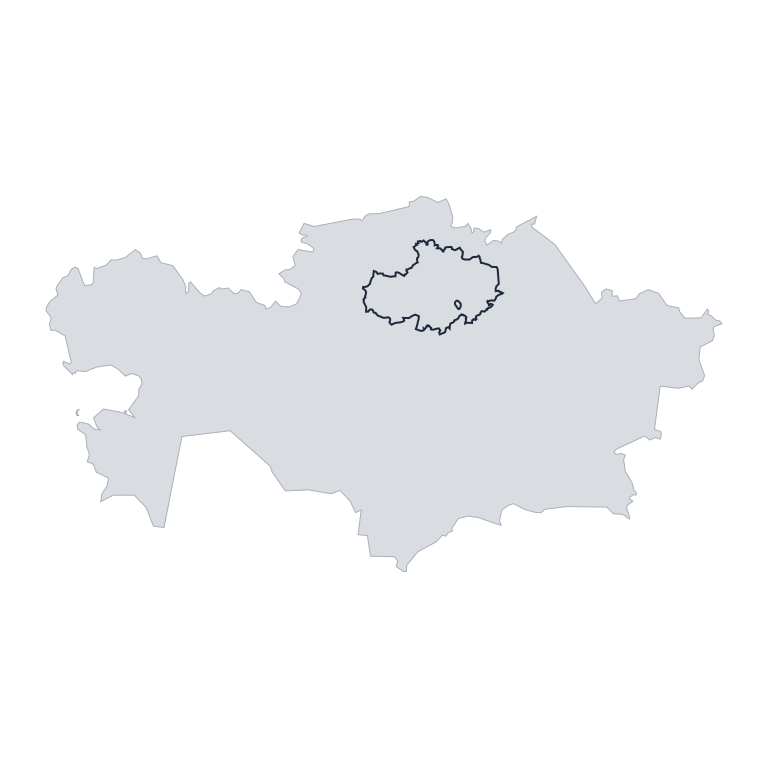 location of Aqmola within Kazakhstan
{"feature_id": "KAZ-3202", "entity_name": "Aqmola", "entity_type": "Region", "adm_level": 1, "iso_a3": "KAZ", "parent_name": "Kazakhstan", "parent_adm1": "", "projection": "albers", "projection_center": [70.159, 51.837], "detail": "fine", "context": "in_parent", "style": "outline", "palette": "slate", "viewbox_px": 768, "rotation_deg": 0, "n_neighbors": 0, "source": "natural_earth", "source_scale": "10m", "svg_char_len": 7445}
<svg xmlns="http://www.w3.org/2000/svg" viewBox="0 0 768 768"><path d="M452.7,530.8L448.2,532.8L445.8,536.2L442.5,535.1L436.4,541.7L418.1,551.5L406.8,565.1L406.4,571.4L403.3,571.5L396.2,566.5L397.7,561.0L394.3,556.7L370.5,556.2L367.4,535.5L358.1,534.7L361.2,510.0L355.4,512.6L350.3,501.3L340.0,490.3L331.1,493.8L308.4,489.9L285.4,490.9L272.2,472.1L270.1,466.1L230.2,430.7L181.9,436.5L164.0,527.5L153.5,526.1L146.0,507.3L134.2,495.2L113.4,495.2L100.7,501.6L102.0,493.7L106.9,486.4L108.5,478.1L96.4,472.2L93.0,463.8L87.3,461.9L89.4,454.4L86.9,446.8L85.6,434.8L77.7,429.1L77.2,425.4L78.8,422.7L81.1,422.2L89.1,424.3L93.8,428.9L100.5,429.9L96.9,426.7L93.6,417.8L103.6,409.0L121.5,412.4L134.6,417.5L128.6,409.7L138.5,396.0L139.0,388.7L141.9,384.3L141.3,379.3L139.3,376.2L132.2,373.5L125.3,376.1L117.7,368.8L110.9,364.9L96.6,367.1L85.6,371.5L76.0,370.8L75.4,373.5L74.3,372.5L72.6,373.3L72.7,374.6L63.9,365.9L62.8,363.3L63.6,361.3L69.5,363.9L71.3,362.6L65.1,335.8L54.6,330.0L51.0,330.5L49.4,324.5L51.2,317.4L46.1,310.9L46.6,306.7L49.9,301.6L57.9,295.0L56.0,288.6L57.4,285.4L62.9,277.8L68.1,275.5L71.4,269.3L75.2,267.1L78.1,268.7L84.0,284.4L85.3,285.6L91.2,284.7L93.1,283.0L94.1,267.4L96.9,268.5L106.7,264.8L111.0,259.9L116.4,260.1L125.2,257.6L135.3,249.6L140.4,253.1L142.1,258.1L146.2,259.0L157.0,255.8L161.0,262.8L172.8,265.6L182.8,279.5L185.8,286.9L185.5,292.0L186.6,293.5L188.7,290.7L188.7,283.2L190.5,281.9L200.0,292.9L204.8,296.1L211.2,293.9L213.3,290.9L219.6,287.6L221.5,289.0L228.0,288.0L234.1,293.6L237.6,293.3L241.2,289.6L249.3,291.7L256.2,302.3L265.0,305.6L265.6,309.0L270.6,307.4L275.5,301.2L280.8,306.3L289.1,307.0L296.8,303.7L301.0,294.7L300.8,292.2L298.1,288.9L284.7,281.8L283.9,278.6L278.9,273.7L285.7,269.7L289.6,269.6L295.2,265.5L292.9,256.5L298.0,249.6L312.1,252.0L313.9,250.6L313.2,247.9L308.1,244.2L301.3,241.9L300.9,240.5L302.3,237.9L307.1,236.5L306.4,235.0L302.9,235.3L299.1,233.0L304.1,223.4L314.3,226.5L353.0,219.0L359.9,219.2L362.2,220.8L364.7,216.5L368.4,214.0L379.5,213.5L408.2,206.8L409.6,204.9L409.1,202.1L413.8,201.1L420.5,196.5L427.9,197.5L437.9,202.5L446.0,198.8L448.6,203.3L452.8,216.7L452.4,222.7L450.9,225.4L451.5,226.6L455.2,227.9L465.2,226.5L467.8,223.4L470.9,228.4L472.0,233.0L474.0,231.6L473.6,229.2L474.4,228.0L478.8,228.6L483.7,232.2L490.8,229.7L490.5,232.6L485.1,238.5L484.9,241.3L486.9,245.1L493.6,240.4L498.9,241.2L501.2,243.3L502.5,239.2L508.0,234.3L513.6,232.2L515.9,230.0L516.5,226.9L536.6,216.3L534.6,224.1L531.1,224.2L532.3,227.4L554.9,244.5L585.0,286.6L595.6,303.7L602.0,298.4L601.5,292.3L605.7,288.9L612.2,290.6L612.2,296.3L617.3,295.8L619.4,301.1L635.8,298.7L639.3,293.8L648.3,289.6L658.6,293.4L667.2,305.6L678.8,307.9L679.9,312.1L685.1,318.2L701.0,317.8L707.4,309.1L708.8,310.9L707.9,314.6L711.3,315.8L715.5,320.0L719.7,320.9L721.9,323.8L713.8,326.7L713.1,329.7L714.3,335.7L712.5,340.6L700.1,347.1L698.9,359.6L704.6,375.5L702.7,380.9L698.6,382.5L692.0,389.2L689.2,386.1L678.1,388.3L660.2,386.1L654.6,428.1L655.2,429.9L660.6,431.4L661.4,434.7L660.3,439.2L655.4,437.6L649.9,440.0L644.6,436.0L616.7,449.0L613.7,452.5L616.3,454.4L620.9,453.4L625.3,455.2L623.6,459.6L625.2,471.0L632.5,483.6L633.8,489.9L636.5,493.3L636.1,494.9L633.5,494.6L629.6,497.3L629.7,499.1L632.9,501.2L627.1,505.5L626.7,508.4L629.9,517.9L629.1,519.1L622.9,514.3L613.4,513.8L606.8,507.1L566.1,506.6L544.6,509.3L541.0,512.7L535.9,512.5L525.3,509.7L513.5,503.7L508.7,505.1L501.6,510.3L499.5,520.8L501.1,525.4L477.7,517.4L467.9,516.1L458.4,518.5L451.6,528.5L452.7,530.8ZM78.7,415.5L77.0,415.6L76.0,412.6L77.2,410.1L79.0,409.6L76.8,412.5L78.7,415.5ZM126.0,413.3L124.6,412.6L124.2,411.2L126.3,410.6L126.0,413.3Z" fill="#d9dde1" stroke="#a8b0b8" stroke-width="1"/><path d="M364.3,287.1L367.4,286.3L370.0,283.8L370.8,280.5L371.8,278.1L373.2,276.7L373.8,271.0L376.5,272.0L377.6,273.9L379.2,273.5L382.8,273.6L383.5,275.4L385.4,275.6L390.6,276.8L392.1,276.5L395.4,276.3L395.7,272.6L397.4,272.3L399.3,273.0L402.9,275.4L404.3,275.9L404.7,275.1L404.7,274.5L405.9,274.2L407.5,272.3L406.4,270.8L406.4,269.6L407.4,269.5L410.6,268.0L411.3,268.1L411.8,267.2L412.3,266.7L412.5,266.1L413.1,265.1L414.5,264.4L415.6,263.4L417.5,262.5L417.3,262.3L417.0,258.4L418.2,257.3L418.7,254.6L417.9,253.1L417.2,251.2L415.6,250.4L414.6,249.2L413.6,247.1L414.7,246.5L415.1,246.0L415.6,245.4L416.6,245.0L416.2,244.7L416.0,243.7L417.6,243.5L418.5,243.2L418.3,242.8L418.0,241.5L418.6,241.5L419.1,241.2L420.1,241.0L420.6,241.1L420.7,241.6L421.9,241.7L422.8,241.1L423.6,240.5L425.0,241.8L425.6,242.5L426.1,242.9L426.6,244.8L427.5,244.7L427.7,243.8L427.0,243.1L427.2,242.5L427.7,241.6L430.1,240.1L432.8,240.0L433.6,240.7L434.1,241.4L434.7,243.5L434.7,245.2L435.3,244.8L436.1,245.0L437.6,245.0L438.2,245.4L438.0,246.3L437.4,247.3L436.9,248.3L437.8,248.4L439.8,248.2L441.3,249.3L442.3,250.9L443.4,251.5L443.7,249.8L444.8,249.3L445.4,247.5L447.5,247.1L451.3,247.0L451.7,247.4L451.9,247.7L451.9,249.1L453.8,249.6L454.3,250.0L455.2,250.1L456.0,249.8L459.7,247.7L460.8,249.5L462.4,251.2L463.1,252.3L462.6,253.2L462.5,255.7L461.7,257.0L462.6,258.8L464.7,259.5L469.6,259.5L472.7,257.2L473.9,256.9L475.5,257.1L477.4,256.5L478.2,256.4L478.7,255.8L479.6,256.9L479.7,258.3L480.4,259.7L480.9,262.8L482.4,262.9L488.9,264.9L491.8,266.9L496.6,267.1L497.1,267.6L497.7,269.6L498.8,283.8L498.1,284.7L496.6,286.0L495.6,288.7L495.8,291.2L497.7,290.8L498.8,290.8L499.2,291.7L501.1,292.2L502.8,293.1L501.6,294.0L500.1,294.3L497.8,295.5L496.3,296.7L496.0,298.0L495.3,299.3L494.3,300.7L491.3,300.4L488.4,301.1L487.6,300.9L487.3,301.8L487.5,302.4L488.5,303.8L488.9,304.7L488.9,305.3L489.8,304.9L490.6,303.8L492.1,304.3L492.8,304.8L492.0,305.9L490.5,307.3L487.8,308.3L486.8,308.9L487.2,309.7L485.7,310.6L484.9,311.0L484.5,311.6L481.7,311.1L480.5,312.7L480.5,313.5L479.8,314.6L478.5,315.1L477.9,315.1L477.2,315.6L476.1,316.2L476.0,316.9L476.1,317.2L475.7,317.7L475.8,318.7L476.4,319.1L475.6,320.0L473.5,319.2L473.0,320.0L472.2,320.3L472.0,323.0L467.7,322.7L465.9,323.1L465.2,323.6L465.1,322.7L465.6,321.9L465.9,320.7L466.1,319.0L465.7,318.6L466.4,317.2L464.6,315.5L463.9,315.5L463.4,314.9L462.5,315.0L462.1,314.5L461.4,314.4L461.2,315.1L459.5,315.9L458.0,318.7L457.1,319.1L456.5,319.7L454.7,320.1L454.2,320.6L454.3,321.4L453.7,322.0L452.0,323.0L451.1,323.1L450.5,323.5L449.8,326.0L449.6,328.5L449.1,327.9L448.2,327.2L446.0,328.1L445.1,332.2L439.8,334.4L439.1,332.4L440.3,330.3L439.4,329.4L439.0,328.5L437.9,328.4L433.9,329.5L432.2,329.7L430.9,329.3L431.1,327.9L430.5,327.6L429.4,326.0L428.3,326.3L428.1,325.4L426.9,325.6L426.1,327.3L425.1,328.8L424.3,328.8L423.8,328.4L424.0,329.9L423.1,330.5L421.2,331.0L415.8,329.1L416.7,326.8L417.5,323.8L417.9,321.6L418.3,320.5L418.7,318.9L418.8,316.1L415.3,314.7L413.6,315.3L411.9,316.1L408.9,318.1L403.2,317.9L403.8,319.0L404.2,320.7L402.9,321.6L400.2,322.4L396.0,322.8L393.7,323.6L391.6,324.7L390.1,323.4L389.4,322.1L390.1,320.8L390.2,318.8L388.5,317.3L383.8,317.9L378.1,315.7L376.6,314.4L375.6,312.8L374.0,312.7L373.4,312.2L373.2,310.6L371.7,309.4L369.8,309.6L368.2,311.6L366.1,311.7L366.2,307.1L363.7,302.0L363.9,300.5L363.4,299.5L364.2,298.5L364.9,297.9L365.4,297.4L364.9,296.8L365.2,295.8L365.6,294.9L366.1,292.2L365.3,290.4L362.9,288.5L363.2,286.9L364.3,287.1ZM458.6,309.1L459.6,308.6L460.3,307.5L460.7,305.9L460.8,304.3L460.3,303.1L459.8,302.8L459.1,301.8L457.8,300.8L457.0,300.6L456.0,301.1L455.5,301.6L455.1,302.5L454.9,303.5L455.1,304.5L455.7,305.5L456.5,306.4L457.2,307.4L457.9,308.6L458.6,309.1Z" fill="none" stroke="#1e293b" stroke-width="2"/></svg>